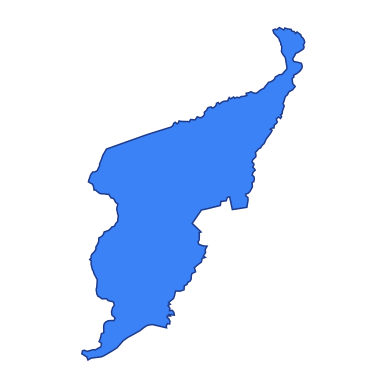 Venâncio Aires, Rio Grande do Sul, Brazil (Natural Earth projection), rotated 78°
{"feature_id": "56859067B17249233565131", "entity_name": "Venâncio Aires", "entity_type": "district", "adm_level": 2, "iso_a3": "BRA", "parent_name": "Brazil", "parent_adm1": "Rio Grande do Sul", "projection": "natural_earth1", "projection_center": [-52.217, -29.554], "detail": "fine", "context": "isolated", "style": "filled", "palette": "blue", "viewbox_px": 384, "rotation_deg": 78, "n_neighbors": 0, "source": "geoboundaries", "source_scale": "gbopen_adm2", "svg_char_len": 4338}
<svg xmlns="http://www.w3.org/2000/svg" viewBox="0 0 384 384"><g transform="rotate(78 192 192)"><path d="M319.6,245.1L317.6,245.0L315.6,243.4L316.5,241.3L313.9,240.4L310.9,241.1L309.7,242.3L308.1,242.1L308.8,239.0L307.1,239.9L308.8,234.9L305.9,234.8L303.6,236.0L303.4,238.7L301.1,237.8L298.0,239.1L297.3,236.6L295.3,238.0L292.3,232.2L289.4,230.5L287.3,229.6L285.4,228.5L286.1,226.1L286.5,224.0L286.0,220.1L282.3,219.1L281.4,216.2L279.5,214.8L278.7,212.3L277.0,210.9L274.4,210.3L271.8,209.1L270.8,205.1L266.6,205.4L265.1,202.9L263.9,200.6L262.5,197.4L259.1,195.9L258.7,192.6L257.1,194.2L255.8,193.2L254.2,191.4L251.1,191.1L248.1,188.5L247.4,191.2L246.2,193.7L244.6,196.2L242.0,196.5L240.5,195.0L237.8,194.3L235.1,193.6L233.2,193.5L233.0,191.5L231.4,192.5L229.5,193.8L226.2,196.0L222.8,198.4L211.5,186.4L211.6,182.1L211.1,167.1L207.3,165.7L207.7,160.3L204.6,158.6L204.6,156.2L217.6,156.2L218.4,141.5L213.5,139.6L211.5,138.8L208.9,138.5L207.2,140.0L205.3,140.0L204.9,137.3L203.4,135.1L199.7,131.9L197.4,131.5L195.3,131.3L194.7,129.4L192.2,128.3L189.9,128.2L187.9,129.6L185.4,128.2L183.7,125.6L182.2,126.2L180.3,127.5L178.4,125.8L176.8,125.7L175.5,127.1L173.2,126.0L170.8,122.2L168.6,121.7L166.4,121.8L165.2,119.8L163.5,117.8L163.1,115.7L161.0,113.8L159.7,111.5L158.0,110.1L156.1,108.9L154.3,106.9L151.8,104.0L150.1,102.2L148.3,100.8L146.9,102.4L146.1,100.5L146.4,98.5L143.6,97.6L142.6,95.4L141.3,94.0L139.6,94.3L137.8,94.1L136.7,91.7L138.5,90.1L136.9,88.7L134.9,89.3L134.2,87.5L131.8,86.8L129.3,85.3L127.0,83.9L124.3,84.6L122.6,83.3L119.5,81.7L118.0,80.8L116.8,78.5L114.2,76.5L112.9,72.2L111.6,70.8L110.3,69.1L106.9,71.0L101.9,70.5L100.7,68.4L98.8,68.2L98.1,65.2L96.2,61.3L94.0,58.9L91.9,58.0L88.9,58.2L87.4,60.9L85.5,65.3L82.8,66.0L79.5,62.8L78.0,61.9L77.4,58.9L75.2,53.2L73.5,52.2L71.4,52.5L69.0,50.6L66.8,50.7L64.9,51.3L62.6,52.8L60.8,52.9L59.5,54.1L57.3,56.0L58.5,57.7L56.3,58.7L55.3,61.1L53.6,61.1L52.2,64.9L50.9,67.0L52.6,68.4L49.3,72.4L50.9,75.3L49.9,76.8L50.5,79.2L53.5,78.9L55.8,77.6L57.6,76.5L59.6,75.1L62.3,74.9L64.4,74.2L66.2,74.5L68.1,73.9L70.2,74.4L73.2,75.3L76.0,74.6L79.9,72.8L89.6,73.2L91.3,73.6L92.6,75.3L93.9,77.2L95.7,79.4L95.4,82.2L96.1,84.2L96.7,86.5L98.5,87.6L99.7,89.5L100.4,91.7L100.7,94.5L102.1,96.0L103.6,98.0L105.6,100.2L106.1,102.6L106.8,104.6L107.8,106.3L108.8,108.8L107.8,111.5L106.2,113.4L106.7,116.3L106.7,118.6L109.0,118.3L109.2,120.9L108.8,124.1L109.7,126.2L108.6,128.3L109.3,130.8L107.7,131.5L108.9,134.9L107.3,135.9L108.9,137.3L110.5,138.2L110.0,140.3L109.9,142.5L110.4,144.3L111.6,146.8L109.9,147.7L110.3,149.6L112.2,150.4L113.6,152.4L114.2,154.7L112.7,155.6L112.8,158.8L115.2,161.0L116.6,163.4L118.9,163.7L120.2,165.2L121.2,167.6L120.6,169.5L119.5,171.3L120.8,172.5L122.1,174.2L121.4,176.3L120.8,178.3L122.7,179.9L122.1,181.9L121.4,185.1L120.6,188.1L119.8,189.9L121.3,190.8L122.3,192.3L120.3,193.9L121.1,195.7L122.9,196.7L124.2,198.8L124.3,200.8L126.5,224.0L132.2,266.8L134.0,268.3L135.5,269.7L136.8,271.0L138.6,272.2L142.2,274.4L145.4,276.6L147.3,277.0L148.9,278.4L151.4,280.2L152.2,283.0L151.8,285.0L153.2,286.6L154.4,287.8L156.4,288.9L159.2,290.6L160.6,291.2L163.8,287.6L167.1,287.1L169.6,287.5L170.3,285.7L171.7,284.7L174.2,282.6L175.0,280.7L175.6,278.2L176.5,275.9L177.0,273.9L180.9,272.4L182.3,269.9L184.1,269.4L186.4,268.8L188.1,267.1L189.9,267.7L191.4,268.6L193.4,269.3L195.3,269.1L197.6,269.3L200.0,269.0L202.1,269.8L205.5,270.9L206.7,272.9L209.3,275.0L209.6,277.7L210.9,279.4L211.9,280.9L212.5,283.1L212.8,286.2L215.2,287.6L216.6,289.5L217.6,292.7L220.1,293.3L221.9,294.1L223.9,295.7L225.9,297.5L228.1,297.9L230.2,300.0L232.0,302.8L233.8,304.1L235.6,304.3L236.7,306.1L238.5,304.9L241.6,305.7L247.0,305.6L248.9,305.0L251.7,304.8L258.0,302.9L264.9,304.8L267.4,306.0L271.9,306.3L274.5,305.6L275.6,304.1L277.7,302.4L278.7,297.7L280.8,296.6L281.7,294.6L283.2,291.7L286.8,291.5L288.4,293.6L292.5,295.7L295.7,295.9L299.3,293.4L301.5,294.9L300.8,298.5L300.5,300.8L301.3,303.6L302.7,305.3L304.9,306.3L311.2,307.5L311.8,310.1L316.5,312.2L319.0,314.0L321.1,312.0L324.5,313.2L325.1,315.6L326.3,319.3L325.7,321.8L326.1,327.7L324.4,330.2L324.6,332.2L327.4,333.4L331.4,329.2L334.7,328.7L333.5,325.1L334.4,315.0L333.7,311.7L330.5,302.1L328.7,297.6L323.2,290.3L320.8,284.9L319.7,281.0L316.9,272.0L314.4,266.9L313.1,263.2L313.4,258.3L319.6,245.1Z" fill="#3b82f6" stroke="#1e3a8a" stroke-width="1.5"/></g></svg>